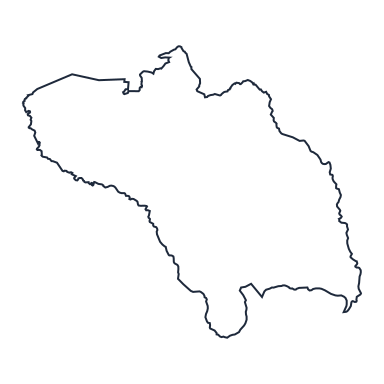 outline of Tonatico, México, Mexico
{"feature_id": "50627088B30233935700687", "entity_name": "Tonatico", "entity_type": "district", "adm_level": 2, "iso_a3": "MEX", "parent_name": "Mexico", "parent_adm1": "México", "projection": "mercator", "projection_center": [-99.634, 18.777], "detail": "fine", "context": "isolated", "style": "outline", "palette": "slate", "viewbox_px": 384, "rotation_deg": 0, "n_neighbors": 0, "source": "geoboundaries", "source_scale": "gbopen_adm2", "svg_char_len": 5894}
<svg xmlns="http://www.w3.org/2000/svg" viewBox="0 0 384 384"><path d="M57.0,162.7L62.5,170.9L63.8,171.3L64.5,170.7L66.5,170.9L67.2,171.9L69.4,172.7L70.2,172.3L71.3,172.3L72.4,173.0L71.6,174.0L72.2,174.5L75.8,176.1L74.1,178.1L74.5,179.0L75.8,180.2L77.3,180.4L78.1,179.5L78.4,178.4L79.7,178.0L81.5,178.0L82.9,179.5L83.1,180.5L84.0,180.9L84.4,181.9L85.4,182.4L88.6,182.2L88.7,183.1L90.0,184.2L90.7,184.0L91.4,182.9L92.3,183.1L92.4,183.7L92.0,185.1L92.7,185.5L93.3,185.0L94.2,182.0L94.9,182.1L98.4,183.9L101.9,184.4L103.3,185.4L103.3,186.0L105.3,187.5L107.7,186.9L109.8,185.8L111.3,185.6L113.2,186.0L114.4,186.6L115.5,187.7L118.2,191.7L119.7,192.6L121.4,193.1L124.3,193.1L125.1,193.6L126.0,195.9L128.1,195.9L129.1,196.3L129.7,197.4L129.4,199.1L130.5,199.5L131.9,198.8L133.6,199.0L136.7,200.9L137.5,201.8L138.0,204.5L138.6,205.5L140.7,205.8L144.6,205.7L146.5,206.0L147.0,206.4L145.5,209.2L146.2,210.3L147.8,210.2L149.8,211.0L148.9,215.6L148.3,216.7L148.6,217.7L149.9,218.9L149.9,219.8L149.5,221.0L149.8,222.0L153.2,223.8L153.2,225.6L153.9,226.5L156.3,227.2L157.1,228.6L157.4,230.0L156.7,231.6L157.0,234.3L160.1,241.8L162.4,244.5L164.7,246.4L165.7,246.8L166.6,250.8L168.7,254.9L169.3,255.4L171.1,255.4L172.4,255.8L173.4,256.5L173.7,258.2L173.8,261.9L174.2,262.8L174.7,263.4L177.4,264.9L178.3,266.4L178.4,269.0L178.1,272.4L178.7,274.0L178.0,278.8L183.3,284.2L190.8,290.9L193.1,291.9L199.5,291.4L200.9,292.0L203.4,293.9L204.4,295.7L204.6,297.3L206.1,298.0L206.8,299.4L206.1,301.5L207.7,306.0L207.8,308.4L207.2,311.2L206.0,314.0L205.4,317.2L207.0,321.5L208.0,322.8L209.8,323.1L210.1,325.2L209.8,327.6L210.2,328.5L214.6,330.5L216.6,333.0L216.6,334.4L218.2,334.7L220.0,336.5L221.5,337.1L223.5,336.6L224.5,337.1L227.2,337.7L230.0,335.7L232.6,334.8L234.8,334.5L239.0,332.1L240.3,329.7L244.1,325.5L245.4,323.3L246.6,319.7L246.6,316.6L246.0,314.4L245.8,311.8L246.4,309.8L246.6,307.8L244.9,302.1L245.9,300.2L243.2,295.1L239.8,290.6L241.1,287.5L245.4,286.8L251.1,283.8L262.0,297.0L264.4,291.4L266.1,289.7L269.6,288.7L271.9,287.5L273.6,287.6L278.3,286.2L281.5,286.0L282.9,285.4L284.7,285.4L286.5,286.0L288.9,287.2L289.5,288.1L291.3,288.6L292.2,288.4L294.2,289.6L295.8,289.6L296.7,288.8L299.1,287.9L307.4,287.5L308.1,289.3L309.6,290.5L311.5,290.2L313.1,289.0L315.9,288.4L319.4,288.4L321.5,288.8L324.9,290.3L331.0,293.9L335.4,295.4L337.7,295.7L341.3,295.4L344.0,296.7L345.5,298.0L346.7,300.6L346.7,304.2L346.4,306.1L343.7,312.1L346.1,311.8L347.3,311.2L348.8,309.4L350.8,306.1L351.4,302.4L351.8,301.6L352.8,301.1L354.9,302.0L356.3,301.7L356.7,300.8L356.4,299.6L356.8,296.8L360.4,294.5L360.8,293.8L361.0,293.3L358.7,288.8L358.4,286.3L359.1,283.0L359.6,276.5L360.5,274.1L360.8,272.1L360.7,270.2L359.3,268.0L358.4,267.6L356.5,267.5L355.3,266.6L355.3,266.1L356.9,264.3L357.3,263.3L356.7,261.3L355.9,261.2L352.9,259.3L350.6,257.3L350.5,256.4L351.9,253.9L350.3,251.8L348.8,248.8L347.3,243.5L347.2,240.6L348.1,238.1L346.8,234.8L346.4,232.9L348.0,229.5L347.0,226.3L347.1,224.7L346.8,224.1L345.6,223.3L344.9,223.0L341.4,222.7L339.2,221.0L339.4,219.4L339.0,218.9L341.0,217.8L341.7,216.6L341.0,215.6L339.6,214.5L339.2,213.3L340.3,210.8L339.8,209.7L337.1,206.5L336.9,204.4L337.6,203.1L338.5,202.1L339.2,199.6L340.5,197.1L340.9,195.0L339.8,192.7L338.9,189.2L336.6,188.5L336.1,188.1L336.1,186.0L336.4,184.3L333.7,181.4L332.7,179.3L332.5,177.9L332.8,176.5L332.7,175.3L332.2,174.8L330.2,174.5L329.7,172.2L330.8,168.6L330.4,164.9L329.5,162.5L328.5,162.1L325.8,164.0L324.1,164.1L322.8,163.8L321.9,163.1L321.1,162.0L320.5,159.6L317.4,155.0L313.3,152.2L311.4,151.6L310.5,150.8L308.6,146.1L304.6,140.8L303.5,140.5L299.6,140.9L292.8,137.3L282.3,134.0L281.2,133.3L279.5,131.1L279.0,128.6L277.3,127.9L276.7,127.1L276.4,124.7L276.6,123.7L276.1,123.0L274.0,121.4L273.6,120.2L273.8,117.9L270.8,114.6L272.0,111.9L272.6,111.2L272.6,110.4L272.0,109.1L270.4,107.9L269.1,106.0L269.7,102.2L271.0,99.2L269.1,96.4L268.9,94.9L267.2,94.0L266.1,91.8L263.8,92.6L262.0,91.2L260.8,89.4L259.7,89.6L255.6,84.7L254.3,84.7L253.8,83.5L253.2,84.1L252.3,82.5L250.3,81.0L247.8,80.0L245.1,81.1L243.2,81.3L242.4,82.5L240.7,84.1L240.0,84.1L239.1,83.1L236.9,82.8L236.4,82.7L235.4,83.7L235.1,83.3L234.6,83.4L232.4,85.0L230.4,87.8L230.4,88.4L229.9,88.6L229.7,89.4L228.0,90.1L227.5,91.4L224.9,91.8L223.7,92.3L221.5,94.2L221.0,95.0L220.0,95.5L214.8,94.0L213.2,94.7L210.5,95.1L208.0,96.0L207.2,97.0L205.0,97.3L204.3,94.3L197.3,91.2L196.6,89.5L199.2,86.5L199.2,85.4L200.1,83.2L199.9,78.9L191.4,69.1L191.4,67.0L190.8,66.7L188.8,62.2L186.6,53.8L185.2,52.6L184.8,51.7L183.5,51.2L181.6,48.1L181.4,47.1L179.8,46.3L178.4,46.3L177.0,47.3L175.4,49.3L173.9,49.7L170.3,51.7L168.7,53.2L165.8,53.1L159.6,55.5L158.8,56.7L161.2,58.0L165.2,57.4L169.3,57.6L168.8,57.9L168.3,60.2L169.1,62.1L165.4,63.5L163.7,65.9L161.3,68.6L160.6,68.3L158.1,69.1L155.8,68.9L154.1,71.2L153.4,73.7L151.6,72.5L147.8,71.6L144.0,71.2L142.9,71.7L140.0,74.5L140.1,75.6L141.7,77.9L141.9,81.3L141.5,81.7L141.7,82.1L141.4,84.3L142.0,85.4L142.0,86.4L141.6,87.2L140.8,86.8L140.2,87.3L139.7,88.0L139.7,90.0L138.7,91.2L128.4,91.1L128.1,92.6L127.8,93.0L124.4,94.1L123.7,93.7L123.1,92.2L123.9,91.8L125.6,89.3L128.0,89.2L128.6,82.2L124.3,81.9L124.6,79.2L98.9,80.2L72.1,74.3L37.3,89.0L33.1,92.4L32.4,94.1L28.0,95.2L28.4,95.8L26.1,98.0L26.2,98.4L24.9,99.0L24.6,99.6L24.6,100.9L24.1,101.0L23.3,101.9L23.5,102.3L23.0,103.0L23.6,103.5L23.3,104.7L23.5,105.7L25.2,108.1L25.1,110.3L26.2,112.1L28.7,110.9L29.9,111.3L30.1,112.1L29.7,112.8L28.9,113.1L27.7,114.1L27.8,114.8L28.0,115.3L29.9,115.9L31.4,117.7L30.6,119.8L31.3,120.8L31.3,121.5L30.9,124.4L28.7,127.1L28.7,127.6L29.5,128.2L30.6,128.2L32.1,129.4L34.6,130.6L35.3,132.5L34.2,135.8L37.7,142.9L37.9,141.9L39.3,142.0L39.8,142.7L39.4,144.2L39.6,145.1L38.9,146.7L37.0,148.7L36.8,149.4L37.4,150.0L39.9,149.9L41.6,151.2L41.8,154.8L41.4,155.3L42.0,156.1L42.8,156.7L47.1,157.5L48.0,158.8L49.8,159.0L51.5,161.1L52.9,161.2L57.0,162.7Z" fill="none" stroke="#1e293b" stroke-width="2"/></svg>